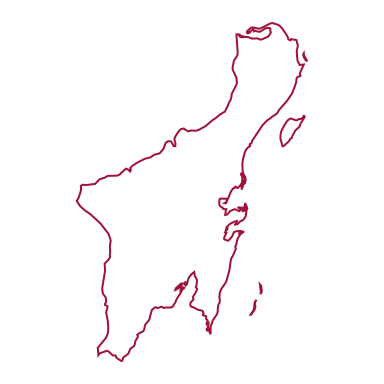 an SVG outline of Quintana Roo
{"feature_id": "MEX-2736", "entity_name": "Quintana Roo", "entity_type": "State", "adm_level": 1, "iso_a3": "MEX", "parent_name": "Mexico", "parent_adm1": "", "projection": "albers", "projection_center": [-87.753, 19.756], "detail": "fine", "context": "isolated", "style": "outline", "palette": "rose", "viewbox_px": 384, "rotation_deg": 0, "n_neighbors": 0, "source": "natural_earth", "source_scale": "10m", "svg_char_len": 6024}
<svg xmlns="http://www.w3.org/2000/svg" viewBox="0 0 384 384"><path d="M163.7,308.0L161.7,306.7L157.8,308.0L155.2,307.2L151.9,309.9L150.2,315.8L149.5,319.1L148.5,320.8L145.8,323.9L145.0,325.4L144.1,329.7L143.3,331.1L142.2,331.8L139.7,333.0L137.3,334.8L137.6,335.1L137.9,336.4L137.6,337.4L135.4,341.0L134.6,344.9L133.8,346.2L130.3,348.8L128.6,353.1L127.8,354.1L123.4,357.4L123.0,358.0L122.6,360.0L122.1,360.7L121.3,361.0L116.7,358.0L115.6,355.5L112.8,355.4L108.6,351.5L106.8,350.8L99.6,353.4L98.4,355.1L97.8,347.8L106.1,337.7L108.1,332.4L108.2,326.7L107.7,320.4L106.1,312.3L107.3,308.3L107.5,306.2L104.9,305.0L105.2,303.4L106.3,302.1L105.7,297.4L102.8,293.5L102.2,288.2L105.1,270.4L104.6,263.7L108.6,259.5L110.0,257.2L109.8,254.1L110.2,252.8L109.9,246.1L110.7,240.5L108.7,234.1L100.5,223.5L90.4,214.2L84.9,210.4L80.2,206.2L76.7,201.0L78.5,197.9L80.7,191.6L81.0,188.8L80.9,185.7L83.0,184.7L85.9,185.1L95.1,183.9L99.5,179.3L104.9,177.6L107.6,175.9L117.0,175.6L118.5,175.1L119.9,174.4L120.7,173.4L126.0,168.6L128.3,169.7L130.1,171.5L130.9,170.0L130.2,168.1L132.3,165.9L137.3,162.6L145.3,158.6L150.1,157.5L154.6,154.6L159.6,153.4L163.5,148.8L165.7,142.8L168.1,141.2L170.9,141.4L172.5,143.5L173.4,146.0L175.3,146.2L175.4,142.8L174.3,139.0L175.6,136.0L179.0,130.9L181.0,129.1L183.9,128.5L186.1,130.3L188.5,131.3L191.2,130.5L196.3,130.7L198.5,130.0L205.6,126.1L212.6,120.1L215.4,118.3L219.9,114.6L225.0,111.5L227.7,106.0L228.9,102.8L230.6,99.9L231.4,97.0L231.7,94.0L236.9,83.6L236.5,77.9L232.6,69.5L232.8,66.1L234.0,60.5L237.3,55.5L237.7,52.5L236.4,34.4L239.6,34.4L240.8,35.9L241.9,36.1L240.8,36.7L240.4,36.6L240.1,36.1L239.6,36.1L240.4,37.1L241.9,37.3L245.7,36.8L247.5,37.0L252.3,38.6L257.5,38.4L260.2,39.6L261.8,39.4L267.9,36.7L268.8,35.9L270.9,32.5L270.2,30.2L270.5,28.9L270.2,28.5L269.0,28.0L267.0,28.0L265.0,28.6L260.2,31.7L258.2,31.7L254.5,30.6L254.0,31.2L253.4,29.3L252.1,30.0L249.9,31.8L248.2,32.4L248.4,32.9L248.8,33.0L248.0,33.4L247.3,33.2L246.9,32.4L247.1,31.2L251.1,27.6L253.7,27.5L258.9,28.8L261.3,28.0L270.5,23.4L272.4,23.0L278.2,24.9L279.6,25.8L282.0,28.2L286.5,34.8L287.8,37.2L288.2,39.0L288.8,39.6L290.4,40.3L290.8,39.2L291.6,39.1L293.3,39.7L295.5,39.7L296.4,40.1L297.9,45.8L296.8,50.5L296.9,55.0L297.6,60.8L299.7,65.0L303.8,64.5L299.8,73.5L300.4,75.4L300.3,76.1L299.7,76.1L297.5,77.1L296.6,78.2L296.2,82.0L294.7,86.8L292.7,91.6L292.7,92.5L287.0,100.9L279.1,109.9L277.4,112.9L276.5,113.9L271.8,116.9L270.5,118.2L267.0,120.5L262.4,125.4L252.3,140.5L251.3,143.5L250.2,143.7L249.7,144.3L249.7,145.1L250.2,145.9L247.6,147.8L245.8,150.1L244.7,152.8L242.8,160.0L242.4,163.8L242.7,171.5L243.3,173.5L245.2,177.2L245.7,179.2L245.6,180.1L244.9,183.4L243.3,184.4L241.7,189.6L241.5,184.9L241.8,184.4L242.8,184.4L243.3,183.7L244.0,183.5L244.4,182.6L244.7,177.9L243.2,176.5L242.4,173.5L241.8,173.3L241.2,173.5L241.0,174.2L241.1,174.9L242.1,176.4L242.4,179.2L242.1,181.4L243.8,180.1L240.2,185.5L237.8,188.0L237.2,187.9L235.7,186.6L235.1,186.9L234.5,188.2L233.2,188.3L231.4,190.8L229.9,193.9L229.0,196.5L227.5,199.3L226.5,202.3L225.7,203.3L224.6,203.1L225.6,202.5L226.5,201.3L226.8,199.9L226.3,198.7L220.0,198.7L219.4,199.8L219.2,203.6L219.4,205.0L220.3,206.3L222.7,207.8L222.9,208.7L223.5,209.0L226.3,209.2L225.8,210.6L225.2,214.9L226.8,214.7L227.9,213.8L229.9,211.2L234.5,209.2L236.9,209.9L239.2,211.2L239.8,210.8L240.4,209.2L241.1,209.2L242.2,209.9L242.8,209.2L243.9,209.9L242.8,210.5L242.8,211.1L245.0,210.5L246.3,208.7L246.3,207.0L245.1,206.8L245.6,207.7L245.6,208.4L244.8,208.7L242.2,208.7L239.8,208.3L237.5,207.4L239.3,207.4L244.5,208.0L244.3,206.9L245.0,204.6L245.1,203.1L247.4,208.3L246.6,210.1L245.7,216.1L244.8,217.8L243.6,219.4L242.2,220.6L240.1,221.4L237.8,223.9L237.1,224.2L234.0,224.8L235.5,224.3L236.2,223.4L236.9,221.0L233.9,221.9L230.0,223.9L226.7,226.9L225.8,230.4L226.4,230.4L227.0,228.5L227.5,228.5L226.8,230.0L225.6,231.4L225.0,232.5L226.4,232.9L224.6,236.6L224.0,238.7L224.9,239.7L226.5,240.1L227.3,240.7L228.2,240.7L229.9,239.1L232.1,236.4L233.0,234.7L233.4,233.2L234.3,231.9L236.4,231.3L240.4,231.0L238.7,234.7L241.7,231.7L243.4,231.6L243.4,232.2L241.7,233.1L240.3,234.5L238.1,237.8L237.2,240.0L236.2,244.8L235.2,246.5L235.9,248.6L232.9,255.8L231.0,258.8L229.3,270.7L226.2,281.8L221.0,289.5L219.8,292.8L219.4,296.8L219.8,300.8L219.6,302.7L218.5,304.5L218.0,306.0L217.6,312.3L216.9,314.4L212.7,320.5L212.0,323.2L210.8,326.1L210.6,327.5L210.6,333.4L209.9,333.4L209.3,329.0L207.9,330.8L206.9,330.4L206.6,329.1L208.0,327.4L208.5,325.1L208.7,321.5L208.0,323.4L207.0,324.7L206.5,323.7L207.3,321.8L207.6,320.4L206.1,318.8L206.2,316.7L205.8,316.0L203.4,315.4L202.8,315.0L202.9,314.2L203.5,313.5L202.8,311.1L201.9,310.6L198.0,309.8L193.5,307.3L191.4,306.7L190.5,306.0L190.3,304.6L190.6,302.7L193.5,299.3L192.9,297.2L193.8,295.3L195.1,293.6L196.9,289.8L197.1,288.7L195.8,287.2L196.5,285.6L196.9,281.9L196.9,279.9L194.7,275.6L194.2,272.0L192.2,273.6L190.1,275.9L188.4,278.5L187.0,283.8L186.3,285.1L185.6,285.6L185.0,284.9L185.7,281.5L184.5,283.3L183.0,283.7L180.9,283.7L180.2,284.2L176.0,288.1L175.3,289.9L177.0,289.2L178.7,287.8L180.2,286.1L181.2,284.3L181.7,285.9L180.7,288.2L180.6,289.9L181.7,288.3L182.6,287.7L183.5,287.4L184.3,287.9L183.8,288.6L182.4,289.3L180.3,293.6L178.3,296.3L175.9,300.7L175.5,302.2L173.6,305.0L172.9,306.6L171.5,307.0L171.1,307.5L165.3,307.5L163.7,308.0ZM302.9,117.6L303.7,115.9L304.1,115.9L304.5,116.2L304.7,116.9L300.5,123.7L299.5,126.7L295.5,130.3L292.4,135.9L291.7,137.9L290.1,139.0L289.4,140.5L288.6,141.5L284.1,145.7L282.8,146.4L282.2,145.5L281.9,143.7L280.7,139.9L280.4,137.8L280.6,134.0L281.6,130.5L285.0,124.1L287.6,120.4L290.3,118.5L291.0,118.5L296.1,120.4L297.2,120.1L299.0,119.0L300.1,119.2L301.6,118.6L302.9,117.6ZM254.6,302.9L255.2,301.4L256.4,299.8L254.9,302.9L255.4,306.9L254.4,310.0L251.1,314.7L250.5,314.7L253.6,310.2L254.1,307.9L254.6,302.9ZM259.9,284.3L261.1,285.6L261.7,289.9L261.6,292.2L260.5,294.2L260.8,291.7L259.9,284.3ZM307.3,61.3L305.6,60.1L303.9,57.3L303.1,54.6L303.8,53.3L304.0,55.2L305.0,57.3L307.3,61.3Z" fill="none" stroke="#9f1239" stroke-width="2"/></svg>